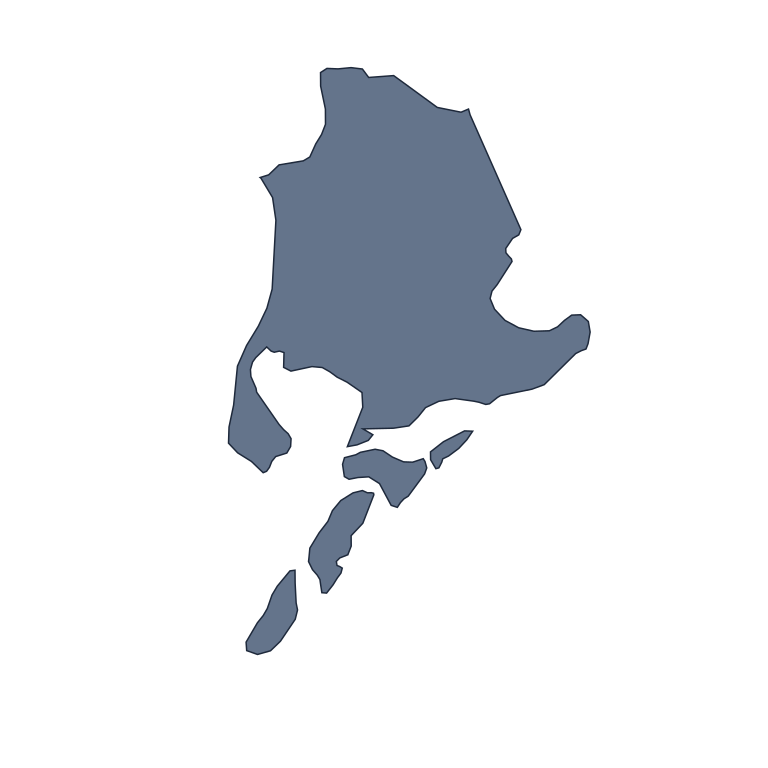 SVG path tracing the border of Albay, rotated 108°
{"feature_id": "PHL-2536", "entity_name": "Albay", "entity_type": "Province", "adm_level": 1, "iso_a3": "PHL", "parent_name": "Philippines", "parent_adm1": "", "projection": "albers", "projection_center": [123.793, 13.252], "detail": "fine", "context": "isolated", "style": "filled", "palette": "slate", "viewbox_px": 768, "rotation_deg": 108, "n_neighbors": 0, "source": "natural_earth", "source_scale": "10m", "svg_char_len": 2605}
<svg xmlns="http://www.w3.org/2000/svg" viewBox="0 0 768 768"><g transform="rotate(108 384 384)"><path d="M288.3,202.7L291.3,206.6L295.8,211.1L335.1,231.4L343.2,241.7L359.0,269.6L361.8,272.0L370.2,277.5L372.0,280.9L372.0,288.0L372.6,293.4L375.9,311.9L383.5,326.5L393.6,337.2L404.9,341.5L416.1,347.3L423.1,361.3L433.2,390.2L435.7,378.9L442.5,381.5L450.2,390.8L454.9,399.5L412.7,397.0L398.9,402.3L393.7,419.6L392.0,430.6L389.1,439.4L387.4,447.8L389.7,457.9L400.5,476.5L399.2,484.6L385.0,488.8L385.0,493.6L387.7,498.2L387.6,501.5L385.0,507.0L398.5,514.1L403.8,515.8L411.5,515.5L418.0,512.9L427.6,504.4L431.1,502.6L454.9,471.3L458.4,465.4L460.9,459.8L464.7,455.5L472.3,453.5L479.7,455.1L486.5,464.6L492.3,466.8L498.7,467.2L503.3,468.7L505.7,471.5L498.6,486.2L494.7,501.9L488.3,513.6L472.8,518.1L450.5,520.5L412.3,528.9L389.8,526.6L367.9,521.4L348.1,518.8L328.3,519.7L261.7,537.4L241.1,547.6L226.3,564.6L225.9,565.6L220.7,558.3L208.0,551.5L196.7,529.7L191.0,524.7L176.7,523.1L166.0,520.5L155.1,519.9L140.6,524.7L120.3,536.3L107.4,540.6L101.5,535.8L98.5,525.1L93.3,513.1L91.1,501.9L97.2,493.3L87.7,470.1L104.5,418.8L101.7,394.7L96.4,388.6L101.4,385.3L194.9,301.5L200.5,301.9L205.8,306.7L217.5,310.1L221.5,308.6L223.8,305.0L225.7,301.5L227.9,300.1L254.6,307.1L262.3,310.0L269.9,309.5L278.7,302.0L286.1,288.6L288.9,273.3L287.5,257.7L282.3,243.2L276.0,236.6L267.7,232.0L260.5,226.8L257.4,218.4L261.4,209.0L270.9,204.0L282.6,202.4L288.3,202.7ZM601.7,378.6L593.3,382.8L589.8,384.5L586.4,388.4L582.7,394.6L576.2,400.9L571.9,401.8L563.0,403.8L557.9,402.6L545.5,399.7L532.0,394.9L520.3,393.9L508.2,389.1L497.1,379.8L492.0,371.6L492.6,366.1L491.3,362.5L491.1,360.2L492.0,359.7L492.5,359.4L523.0,361.1L538.4,368.4L543.8,366.6L548.3,365.1L556.8,365.6L557.6,365.6L558.3,366.5L563.1,372.3L567.5,374.5L571.1,372.6L571.3,369.7L572.0,366.8L577.1,366.5L582.7,368.4L590.8,370.4L600.6,374.0L601.3,377.0L601.7,378.6ZM477.0,369.8L481.0,379.9L485.4,387.8L484.3,393.1L473.2,398.6L466.3,398.8L460.0,388.9L456.3,385.4L448.8,372.3L447.8,364.3L450.9,353.4L452.0,341.3L449.5,332.6L442.9,323.6L445.0,321.1L450.6,317.4L457.0,317.6L483.2,326.3L487.0,329.5L491.7,331.7L497.2,333.2L497.2,339.7L480.1,357.5L477.0,369.8ZM641.5,427.3L633.6,425.6L619.3,425.3L609.2,423.0L590.8,415.7L588.6,411.1L600.8,407.0L619.4,399.9L625.6,396.4L635.2,395.7L660.6,403.0L672.8,409.5L680.3,420.7L680.0,432.2L672.1,435.4L650.2,430.6L641.5,427.3ZM420.5,309.6L403.7,292.9L401.5,285.1L411.5,288.0L422.2,293.0L432.5,300.3L437.0,305.0L440.5,304.9L446.8,305.9L448.5,308.5L441.6,316.3L434.2,318.8L420.5,309.6Z" fill="#64748b" stroke="#1e293b" stroke-width="1.5"/></g></svg>